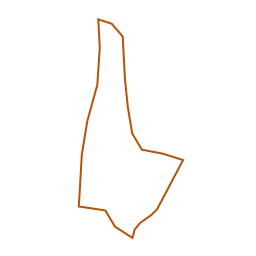 the Quarter of Castries, rotated 177°
{"feature_id": "LCA-5077", "entity_name": "Castries", "entity_type": "Quarter", "adm_level": 1, "iso_a3": "LCA", "parent_name": "Saint Lucia", "parent_adm1": "", "projection": "robinson", "projection_center": [-60.977, 13.961], "detail": "fine", "context": "isolated", "style": "outline", "palette": "amber", "viewbox_px": 256, "rotation_deg": 177, "n_neighbors": 0, "source": "natural_earth", "source_scale": "10m", "svg_char_len": 440}
<svg xmlns="http://www.w3.org/2000/svg" viewBox="0 0 256 256"><g transform="rotate(177 128 128)"><path d="M74.7,93.1L103.2,45.3L109.3,39.9L120.7,32.7L126.6,26.3L129.3,18.0L146.2,30.2L155.0,46.9L181.3,52.2L179.9,63.7L175.5,103.9L168.2,137.4L156.4,172.6L152.0,209.5L152.0,238.0L138.8,233.0L128.5,219.6L128.5,194.4L128.5,177.7L127.1,149.2L124.1,122.4L115.3,105.6L94.8,100.6L74.7,93.1Z" fill="none" stroke="#b45309" stroke-width="2"/></g></svg>